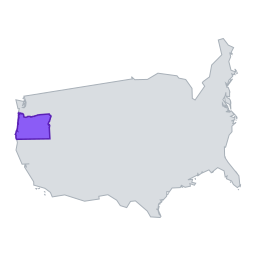 location of Oregon within United States of America
{"feature_id": "USA-3525", "entity_name": "Oregon", "entity_type": "State", "adm_level": 1, "iso_a3": "USA", "parent_name": "United States of America", "parent_adm1": "", "projection": "orthographic", "projection_center": [-121.855, 44.128], "detail": "fine", "context": "in_parent", "style": "filled", "palette": "violet", "viewbox_px": 256, "rotation_deg": 0, "n_neighbors": 0, "source": "natural_earth", "source_scale": "10m", "svg_char_len": 7041}
<svg xmlns="http://www.w3.org/2000/svg" viewBox="0 0 256 256"><path d="M211.7,65.0L221.8,54.8L218.3,40.0L223.3,38.5L228.3,45.1L233.6,47.6L230.9,52.8L231.6,54.2L229.9,53.2L230.7,56.8L228.8,61.4L231.0,70.2L234.7,71.6L235.7,70.1L234.6,69.1L235.3,69.4L236.3,70.8L233.4,74.8L231.8,73.8L232.7,76.3L228.8,80.2L227.1,85.6L226.5,83.7L225.6,82.9L226.9,87.4L228.2,87.4L229.6,90.9L229.6,96.8L225.8,96.0L225.9,92.3L225.2,95.3L227.4,97.8L229.3,98.7L230.4,100.4L230.9,109.5L229.7,104.5L225.3,102.1L224.6,96.7L222.9,99.6L227.0,105.4L223.7,105.1L223.1,105.9L222.8,103.4L222.4,102.8L222.4,104.9L223.1,106.3L227.8,106.3L227.6,108.0L224.9,106.8L224.1,106.9L227.4,108.2L228.5,108.1L228.8,110.1L227.1,109.6L230.0,110.9L229.7,111.5L228.3,110.8L225.9,111.7L229.7,112.2L231.3,110.9L235.8,115.6L232.2,112.1L234.1,114.7L230.6,116.4L234.2,117.7L235.0,116.0L234.8,119.7L231.3,120.9L233.8,121.0L232.8,123.5L235.2,123.1L231.9,126.2L232.0,131.7L229.1,135.1L225.6,147.2L224.4,146.9L224.6,155.7L225.0,157.6L228.2,162.5L238.9,175.8L239.9,185.5L237.4,187.6L233.4,184.5L231.6,181.0L226.4,178.7L227.1,175.9L225.2,177.1L224.1,170.9L217.7,167.6L211.3,172.7L208.9,169.9L201.9,173.1L202.3,171.3L201.5,173.2L198.5,175.4L197.7,172.8L197.7,174.9L187.9,179.8L192.6,179.3L191.8,182.3L195.7,183.2L194.4,185.2L189.9,183.6L190.4,186.2L185.1,187.3L181.4,185.3L180.2,187.6L172.1,188.0L168.5,193.0L169.4,191.7L166.8,191.6L166.6,196.3L162.6,200.6L163.5,199.4L160.3,200.0L161.7,201.1L158.5,204.1L158.0,209.3L156.2,209.0L157.9,209.8L159.0,214.1L161.0,216.2L160.1,217.5L150.6,216.9L147.3,211.1L135.5,200.9L130.5,201.4L126.7,207.6L120.3,205.6L116.7,200.2L107.9,194.7L98.8,196.3L99.2,199.0L84.6,201.2L64.7,194.9L52.3,196.9L50.4,192.4L44.9,188.3L33.8,185.1L33.7,181.8L24.5,167.0L24.8,165.4L26.6,167.4L25.4,164.1L29.3,163.8L22.1,164.2L16.0,150.1L17.4,142.7L15.5,134.2L17.4,128.9L18.5,113.2L21.8,113.7L18.2,112.8L19.3,108.6L18.0,108.7L15.9,99.8L23.9,101.5L22.3,106.1L24.9,102.8L24.6,106.7L22.7,107.6L24.1,107.8L25.6,106.2L26.1,102.3L23.9,96.2L132.3,78.9L131.5,76.7L134.8,79.7L147.5,79.4L157.9,73.2L177.0,75.8L178.8,78.1L185.7,79.5L192.0,88.4L192.3,98.4L195.1,100.0L204.7,86.2L202.3,82.9L203.1,81.6L209.5,76.9L211.7,65.0ZM230.9,80.7L232.6,78.8L227.3,86.3L231.1,79.3L230.9,80.7ZM24.5,99.9L25.6,102.4L25.5,102.8L24.0,100.9L24.5,99.9ZM160.7,215.5L158.8,212.1L158.4,209.9L159.1,212.1L160.7,215.5ZM231.5,52.7L232.2,53.7L231.8,53.7L231.5,52.7ZM181.8,186.4L182.3,187.2L181.3,186.8L181.8,186.4ZM38.2,188.8L39.4,188.2L39.5,188.4L38.2,188.8ZM36.8,188.5L36.4,189.1L35.9,188.6L36.8,188.5ZM235.1,73.6L235.0,74.7L234.8,74.6L235.1,73.6ZM158.7,207.7L158.4,209.7L159.3,205.8L158.7,207.7ZM235.6,171.3L237.6,174.0L235.3,171.1L235.6,171.3ZM44.7,191.6L45.3,192.5L44.6,191.6L44.7,191.6ZM240.5,185.7L240.0,187.2L240.6,184.2L240.5,185.7ZM237.0,117.4L236.8,119.2L236.1,115.8L237.0,117.4ZM23.4,97.9L23.4,98.6L23.0,98.3L23.4,97.9ZM161.9,201.8L160.4,203.1L161.9,201.5L161.9,201.8ZM237.0,72.4L237.4,73.2L236.8,73.5L237.0,72.4ZM44.8,194.3L45.3,195.4L44.6,194.4L44.8,194.3ZM160.1,203.9L159.5,204.6L159.9,203.7L160.1,203.9ZM230.8,102.0L230.8,104.2L230.6,101.3L230.8,102.0ZM168.2,193.9L167.3,195.0L168.6,193.3L168.2,193.9ZM225.1,156.5L225.4,157.9L225.0,157.0L225.1,156.5ZM235.5,123.1L235.4,123.6L235.7,122.0L235.5,123.1ZM213.7,171.1L212.7,172.4L212.2,172.5L213.7,171.1ZM198.0,175.3L197.8,175.7L197.1,175.9L198.0,175.3ZM230.4,181.8L230.9,182.7L230.2,181.7L230.4,181.8ZM195.4,178.7L195.5,179.7L194.9,178.1L195.4,178.7ZM238.6,189.5L238.0,190.0L238.8,189.2L238.6,189.5ZM229.8,91.6L229.9,92.7L229.7,91.2L229.8,91.6ZM236.3,119.9L236.1,120.4L236.1,120.5L236.3,119.9Z" fill="#d9dde1" stroke="#a8b0b8" stroke-width="1"/><path d="M15.7,133.5L16.0,132.9L16.1,132.4L16.1,132.2L16.3,131.5L16.2,131.3L16.2,131.2L16.3,131.0L16.5,130.9L16.5,131.0L16.6,131.3L16.6,131.1L16.6,130.9L16.8,130.7L17.0,130.5L17.1,130.8L17.3,130.9L17.2,130.7L17.1,130.4L16.9,130.4L16.8,130.5L16.7,130.6L16.6,130.9L16.7,130.5L17.0,129.7L17.1,129.1L17.3,129.0L17.4,128.8L17.4,128.7L17.5,128.6L17.6,128.8L17.8,128.7L17.7,128.7L17.4,128.5L17.3,128.8L17.2,128.9L17.3,128.4L17.4,127.7L17.5,127.1L17.6,126.9L17.5,126.7L17.6,125.8L17.7,125.4L17.7,125.2L17.7,124.9L17.8,124.4L18.0,124.3L18.1,124.2L17.8,124.3L17.8,124.1L17.8,123.9L17.9,123.2L18.0,123.1L18.2,123.3L18.2,123.2L17.9,123.1L18.0,122.9L17.9,122.8L17.9,122.7L18.0,122.5L18.0,122.3L18.0,122.2L17.9,122.1L18.0,122.0L18.0,121.9L18.1,121.6L18.1,121.4L18.2,121.2L18.3,120.5L18.2,120.4L18.3,120.3L18.4,120.1L18.4,119.8L18.4,119.5L18.4,119.4L18.5,119.2L18.5,118.9L18.5,118.7L18.4,118.7L18.5,118.5L18.5,118.4L18.5,118.2L18.5,118.4L18.7,118.2L18.5,117.7L18.6,117.4L18.6,117.5L18.7,117.8L18.8,117.8L18.9,117.7L18.8,117.3L18.7,117.4L18.6,117.2L18.6,116.9L18.7,116.7L18.8,116.5L19.0,116.5L18.9,116.5L18.8,116.4L18.7,116.5L18.7,116.3L18.6,116.2L18.5,115.9L18.6,115.7L18.6,115.4L18.6,115.2L18.5,114.9L18.7,114.7L18.8,114.5L18.7,114.1L18.7,113.8L18.5,113.3L18.4,113.2L18.5,113.1L18.5,113.3L18.8,113.4L18.8,113.5L19.0,113.6L19.3,113.8L19.3,114.0L19.3,113.7L19.4,113.8L19.4,113.7L19.1,113.5L19.1,113.4L19.3,113.4L19.5,113.3L19.6,113.6L20.1,113.5L20.2,113.4L20.3,113.3L20.4,113.2L20.5,113.2L20.7,113.3L20.9,113.4L20.9,113.5L21.1,113.7L21.4,113.8L21.5,113.8L21.8,113.8L21.9,113.6L22.0,113.5L22.3,113.5L22.6,113.7L22.8,113.8L23.0,113.9L23.1,114.0L23.3,114.2L23.4,114.4L23.4,114.6L23.6,114.8L23.6,115.2L23.7,115.4L23.7,115.7L23.7,115.8L23.8,116.0L23.8,116.3L23.8,116.5L23.8,116.8L24.0,116.9L24.1,117.0L24.5,117.1L24.8,117.1L25.1,117.2L25.6,117.3L25.9,117.4L26.0,117.4L26.4,117.2L27.2,116.9L27.3,116.8L27.6,116.6L27.8,116.5L27.9,116.4L28.3,116.5L28.9,116.4L30.2,116.5L30.4,116.6L30.5,116.6L30.6,117.0L30.8,117.0L31.2,116.8L31.4,116.9L31.5,116.8L31.8,116.9L32.1,116.8L32.3,116.7L32.6,116.6L32.8,116.5L32.9,116.4L33.0,116.3L33.7,116.4L33.9,116.4L34.1,116.4L34.4,116.2L34.6,116.3L34.8,116.2L35.1,116.0L35.1,115.9L35.3,115.9L36.0,115.6L37.1,115.4L37.3,115.2L37.5,115.0L37.9,115.0L38.5,114.9L39.6,114.8L39.8,114.7L49.1,114.0L49.1,114.3L49.3,114.6L49.5,114.9L49.6,115.0L50.0,115.1L50.4,115.4L50.5,115.4L50.7,115.5L50.8,115.9L51.0,116.2L51.0,116.3L51.0,116.5L50.8,116.8L50.8,117.0L50.7,117.2L50.5,117.5L50.4,117.9L50.3,118.0L50.3,118.4L50.2,118.6L50.2,119.0L50.1,119.3L49.6,120.1L49.7,120.3L49.7,120.7L49.6,120.8L49.6,121.1L49.4,121.5L49.2,121.6L49.0,121.8L48.9,121.9L48.8,122.0L48.7,122.3L48.6,122.6L48.6,122.9L48.5,123.1L48.4,123.2L48.3,123.3L48.2,123.5L48.3,123.7L48.2,123.9L48.2,124.1L48.3,124.3L48.3,124.6L48.6,124.9L48.7,124.7L48.8,124.7L48.9,124.8L49.0,124.9L49.3,124.8L49.3,125.0L49.6,125.2L49.7,125.3L49.6,125.5L49.5,125.8L49.4,125.8L49.5,126.1L49.6,126.3L49.5,126.5L49.5,126.8L49.5,127.0L49.4,127.2L49.4,127.3L49.2,127.5L49.3,127.7L49.3,127.8L49.9,138.8L16.8,139.3L16.7,139.2L16.3,138.7L16.2,138.7L16.1,138.4L16.2,138.2L16.1,137.9L16.0,137.5L15.9,137.3L15.9,137.1L15.9,136.8L15.9,136.7L16.0,136.3L16.0,136.1L16.1,135.8L16.1,135.7L16.0,135.2L15.8,135.0L15.8,134.9L15.7,134.7L15.5,134.3L15.5,134.2L15.4,134.2L15.7,133.5ZM20.7,113.1L20.8,113.1L20.9,113.3L20.8,113.2L20.7,113.2L20.7,113.1Z" fill="#8b5cf6" stroke="#5b21b6" stroke-width="1.5"/></svg>